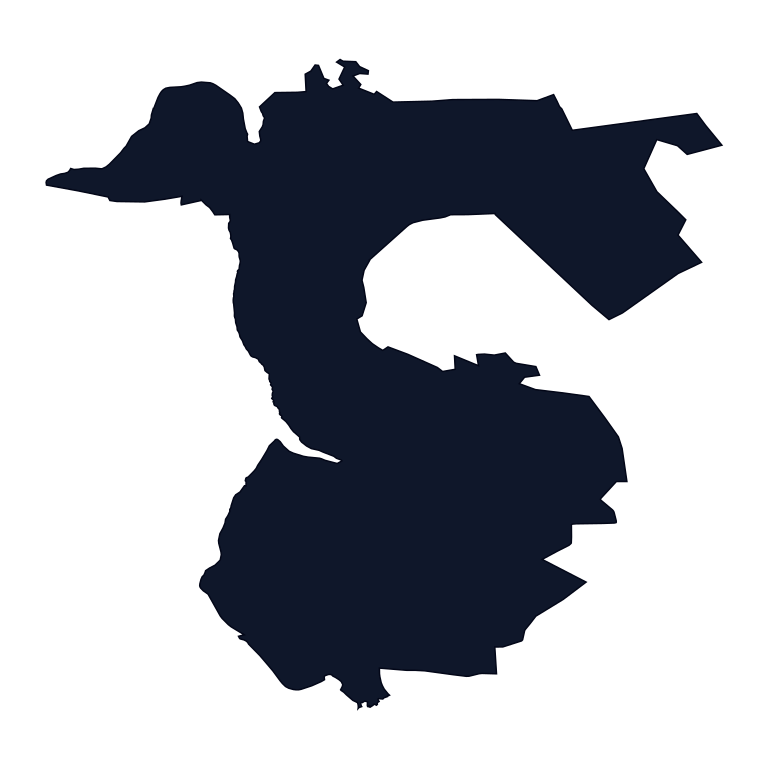 Brocēni, Brocenu, Latvia (Equal Earth projection)
{"feature_id": "27541924B69877910900849", "entity_name": "Brocēni", "entity_type": "district", "adm_level": 2, "iso_a3": "LVA", "parent_name": "Latvia", "parent_adm1": "Brocenu", "projection": "equal_earth", "projection_center": [22.567, 56.678], "detail": "fine", "context": "isolated", "style": "filled", "palette": "ink", "viewbox_px": 768, "rotation_deg": 0, "n_neighbors": 0, "source": "geoboundaries", "source_scale": "gbopen_adm2", "svg_char_len": 6070}
<svg xmlns="http://www.w3.org/2000/svg" viewBox="0 0 768 768"><path d="M228.7,223.3L228.5,228.0L229.0,230.1L230.3,232.5L230.8,235.4L230.8,237.0L230.5,238.6L231.5,239.9L232.6,242.9L234.1,248.2L234.7,248.8L236.8,249.7L238.5,251.6L239.1,253.4L239.1,255.9L239.3,257.3L240.2,260.3L240.3,261.6L239.9,264.0L239.5,265.2L239.1,269.2L237.6,270.7L237.4,271.6L237.8,272.9L237.2,273.7L236.6,276.7L235.6,279.9L235.5,282.1L234.6,286.3L234.5,289.4L234.0,291.0L234.0,292.3L233.6,293.6L233.8,296.8L233.4,297.8L233.2,300.0L233.3,302.5L233.7,304.2L234.5,312.8L234.4,316.1L234.9,317.9L235.4,318.9L235.7,322.7L237.0,326.7L237.3,330.0L238.7,332.1L239.4,333.9L240.0,336.9L242.4,340.7L243.9,344.8L245.2,346.6L246.3,348.9L248.4,351.2L250.3,354.9L251.1,356.0L252.6,356.9L255.4,357.6L258.2,359.1L259.3,361.6L261.2,363.3L261.8,364.2L262.9,364.9L264.2,366.8L265.0,370.6L267.2,372.5L269.0,373.6L269.3,374.1L269.0,379.0L269.5,380.0L269.8,381.6L271.0,382.8L271.1,383.3L270.6,384.5L270.6,384.9L272.5,387.0L272.1,389.4L273.1,390.9L273.1,391.5L272.4,393.2L272.2,395.3L272.7,397.1L271.7,398.3L271.8,398.6L273.1,399.6L273.5,400.3L273.5,401.1L273.1,401.8L274.0,402.3L273.8,403.6L274.2,404.9L274.8,405.5L276.8,406.4L277.3,406.7L278.0,408.0L278.9,408.8L279.4,410.1L279.5,412.0L279.9,412.8L279.5,413.5L279.5,414.0L280.2,414.9L281.7,415.8L281.9,416.3L281.5,417.5L281.6,417.9L285.9,421.5L288.8,425.1L291.0,428.6L293.5,431.7L299.6,437.0L299.7,437.7L299.7,439.1L299.9,439.8L301.6,442.1L306.6,446.0L311.4,448.6L319.1,450.3L323.1,452.1L333.7,456.2L336.5,458.3L341.0,459.9L341.8,460.5L341.8,461.0L337.2,463.5L325.0,460.3L321.5,458.8L319.5,458.2L308.0,457.1L303.4,456.3L293.4,453.2L289.4,451.4L288.7,450.9L283.3,446.0L280.2,441.7L277.6,439.5L276.3,439.3L275.2,439.9L274.6,440.8L269.4,445.7L266.9,450.7L261.5,459.7L257.8,465.2L256.2,468.4L254.1,471.0L249.0,476.2L247.3,477.6L246.4,477.6L245.8,478.5L245.3,480.8L246.1,481.6L246.0,485.9L244.5,485.7L240.0,492.0L235.7,494.8L233.7,497.8L231.1,505.9L230.9,507.6L229.8,509.4L229.8,511.5L227.9,515.6L225.6,519.2L225.0,523.1L223.0,528.0L219.9,533.7L218.5,540.5L218.8,543.4L221.0,552.0L221.3,554.7L220.2,560.1L215.0,565.2L209.6,568.0L205.6,570.7L205.1,572.4L203.9,575.1L202.2,576.7L201.0,579.4L199.9,583.7L199.7,585.7L200.0,586.9L200.7,588.1L203.3,590.8L207.6,593.8L208.2,594.4L220.3,616.0L222.2,618.5L228.3,624.6L231.1,626.8L244.2,634.8L238.5,636.3L239.5,638.2L240.2,638.9L244.0,639.9L246.1,641.0L247.6,642.3L248.6,644.1L259.7,655.4L265.6,662.3L272.8,670.8L280.1,680.7L282.4,683.5L285.5,686.5L288.7,688.2L293.4,689.5L296.1,689.8L298.6,689.8L301.1,689.3L311.7,685.8L321.2,681.6L324.5,679.7L324.2,676.8L324.4,676.3L325.4,675.5L328.4,674.5L329.5,674.4L331.2,674.6L331.7,674.9L332.9,676.1L335.3,677.3L338.9,679.6L341.2,681.5L342.8,684.7L342.1,686.9L340.6,689.8L341.1,690.4L343.8,692.2L346.4,694.8L352.9,700.4L357.5,702.6L358.1,704.8L358.3,707.1L358.1,708.5L358.9,707.6L361.7,706.6L361.3,706.0L360.7,703.6L361.1,702.4L362.3,702.6L364.7,701.1L367.5,701.8L367.3,705.3L367.6,706.4L368.0,706.7L369.1,705.6L369.7,705.8L369.5,707.0L370.1,707.2L372.9,705.4L374.1,704.1L376.5,705.2L377.4,704.3L377.2,703.1L377.9,702.2L379.1,701.5L377.9,699.4L378.4,698.6L382.8,699.0L384.0,697.8L386.8,696.8L386.5,696.6L389.5,695.2L388.1,693.9L384.2,689.1L382.4,685.7L381.2,682.7L379.9,676.9L379.5,673.8L379.4,668.1L406.6,670.3L414.9,670.3L424.6,670.8L453.2,674.7L466.4,676.3L469.0,676.2L479.1,673.7L482.0,673.4L496.5,673.8L494.8,647.0L502.9,646.9L521.6,640.9L522.6,639.8L524.7,630.4L525.6,629.1L530.2,623.5L535.9,616.1L563.2,599.4L586.1,582.1L542.1,559.4L557.3,551.2L569.1,545.2L571.1,543.4L571.3,542.6L571.5,537.0L571.4,524.6L572.4,524.1L576.2,523.8L603.1,523.4L614.6,523.0L616.1,522.6L616.3,522.1L616.2,520.7L614.3,513.2L613.7,511.4L612.6,510.0L600.8,500.1L600.4,499.3L601.0,498.2L616.4,481.5L626.9,481.5L622.1,448.4L618.4,436.9L604.7,417.6L589.0,396.5L563.7,393.0L535.4,389.6L519.3,383.7L524.6,377.2L539.5,375.2L535.9,366.6L516.1,363.3L513.6,362.1L505.3,353.0L494.3,355.1L484.4,354.1L478.2,354.4L476.6,354.7L478.5,365.7L454.5,355.8L455.2,369.3L442.6,371.5L437.4,367.5L407.8,354.3L388.0,346.9L382.8,350.4L378.5,347.9L372.2,343.6L367.0,338.8L360.4,331.9L356.8,319.0L362.1,315.8L366.2,302.7L363.8,287.5L362.0,280.2L364.1,270.3L369.7,260.3L369.4,260.0L407.0,226.4L409.3,224.6L413.0,222.7L422.8,220.2L440.2,217.9L445.1,216.9L450.6,214.7L467.5,214.6L495.1,213.5L495.2,214.5L592.1,305.4L609.0,319.6L622.5,312.9L678.1,273.5L701.6,262.3L678.0,235.1L685.8,219.8L678.7,212.7L656.9,191.7L643.8,168.7L656.8,139.6L677.5,145.7L687.2,154.4L721.9,145.2L705.7,125.5L696.8,113.5L572.3,130.3L561.8,108.9L559.5,106.6L557.1,101.4L553.6,94.6L537.1,100.7L498.3,99.4L452.8,99.6L431.9,101.2L393.0,102.1L376.6,91.5L374.2,94.3L358.6,88.1L360.8,84.5L353.0,76.0L359.7,73.5L368.0,74.1L368.4,70.7L359.6,66.6L355.8,61.7L343.0,61.2L340.1,59.5L336.6,62.1L344.7,67.0L339.0,79.1L343.2,85.2L332.7,88.9L328.6,86.4L326.5,83.4L328.9,80.2L323.9,78.4L318.5,65.4L315.1,65.0L310.8,71.1L305.2,74.2L306.1,91.6L297.4,92.3L274.9,92.6L259.5,106.9L261.3,111.6L262.5,113.3L263.2,115.8L264.6,117.9L263.4,121.2L263.1,124.6L262.3,126.8L259.3,131.5L259.8,136.0L260.7,139.4L260.7,140.9L259.2,142.8L254.4,144.2L247.6,141.5L247.1,136.3L247.6,134.2L246.8,132.7L245.2,128.6L243.4,119.0L242.8,113.1L241.4,108.1L238.2,102.9L234.8,98.7L229.9,95.0L215.9,85.3L212.9,83.7L210.3,82.8L201.4,82.1L197.1,82.6L189.5,85.2L184.8,86.2L180.9,86.8L169.8,87.4L165.8,88.2L163.3,89.7L161.5,91.5L159.9,93.9L158.0,97.5L153.7,108.6L153.3,108.5L151.4,115.0L151.2,118.1L149.2,123.9L144.9,127.8L138.8,130.7L131.6,136.4L126.1,146.2L124.0,148.3L120.5,152.9L109.3,164.3L105.9,167.0L102.2,168.7L101.4,168.8L95.4,168.2L83.7,168.3L78.7,169.2L74.0,169.5L70.7,168.5L69.6,170.5L67.9,172.3L64.6,173.4L60.5,174.0L56.2,175.5L48.1,179.2L46.5,180.8L46.1,182.5L46.5,185.1L78.4,190.9L108.1,197.0L109.9,200.5L116.9,201.5L144.7,201.9L164.8,199.2L182.0,196.3L181.2,200.6L181.0,203.1L181.3,204.9L200.6,200.6L200.9,199.7L206.1,204.9L209.6,207.5L212.8,211.7L214.8,214.8L229.7,214.5L229.6,215.5L229.9,216.0L229.6,216.8L230.3,220.4L230.0,221.6L228.7,223.3Z" fill="#0f172a" stroke="#020617" stroke-width="1.5"/></svg>